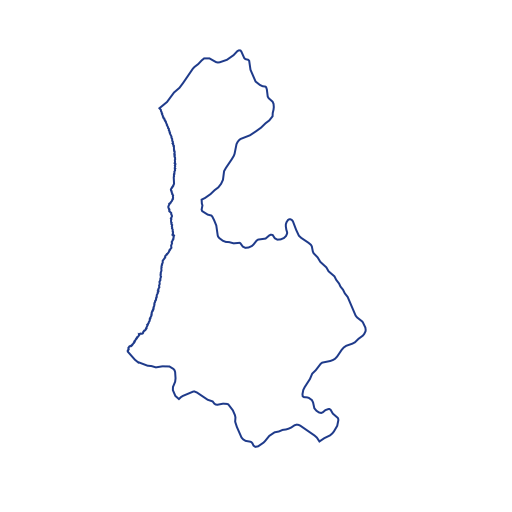 the district of Nagua, María Trinidad Sánchez, Dominican Republic, rotated 214°
{"feature_id": "3306468B71596371711370", "entity_name": "Nagua", "entity_type": "district", "adm_level": 2, "iso_a3": "DOM", "parent_name": "Dominican Republic", "parent_adm1": "María Trinidad Sánchez", "projection": "equal_earth", "projection_center": [-69.872, 19.343], "detail": "fine", "context": "isolated", "style": "outline", "palette": "blue", "viewbox_px": 512, "rotation_deg": 214, "n_neighbors": 0, "source": "geoboundaries", "source_scale": "gbopen_adm2", "svg_char_len": 6035}
<svg xmlns="http://www.w3.org/2000/svg" viewBox="0 0 512 512"><g transform="rotate(214 256 256)"><path d="M409.5,390.8L410.4,387.8L411.2,382.9L412.7,378.4L413.1,376.0L413.2,358.6L413.5,352.6L415.4,345.7L415.9,333.9L418.7,324.5L416.5,323.9L415.8,323.0L414.5,322.4L414.2,321.8L413.3,321.5L413.1,320.9L411.7,320.2L411.0,319.3L410.4,319.3L409.9,318.7L409.2,318.7L409.2,318.4L408.1,318.1L407.6,317.5L406.9,317.5L406.5,316.9L405.8,316.9L405.3,316.3L403.1,315.0L403.1,314.7L400.8,313.5L400.5,312.9L399.2,312.6L398.5,311.4L397.4,311.1L397.1,310.4L396.2,310.1L396.0,309.5L392.8,307.7L392.3,306.8L391.0,306.2L389.8,304.6L388.9,304.3L388.2,303.4L388.2,302.8L387.5,302.8L387.1,301.9L385.9,301.6L385.7,300.9L385.3,300.9L383.2,297.9L382.8,297.9L382.3,297.0L381.8,297.0L380.9,295.7L380.9,295.1L380.2,294.8L380.2,294.2L379.8,294.2L379.3,293.6L379.1,292.7L378.2,292.4L377.0,290.8L377.0,290.2L375.7,288.7L375.4,287.5L374.8,287.5L374.8,287.2L374.1,286.9L373.9,285.6L373.2,285.3L372.7,283.8L372.3,283.2L371.8,283.2L371.8,282.6L370.9,281.6L370.9,280.4L370.0,279.2L370.0,278.6L369.5,278.3L369.5,277.4L368.4,276.1L368.4,275.5L364.3,270.0L364.0,267.6L363.8,267.6L363.8,265.7L364.0,265.7L363.8,263.6L362.9,262.6L362.2,262.6L361.3,261.4L360.4,261.1L360.2,260.5L358.6,259.9L358.3,259.0L357.2,257.8L357.0,256.5L356.7,256.5L356.7,255.6L356.5,254.7L356.7,252.8L356.5,252.5L357.0,251.3L356.7,251.3L356.7,249.8L356.3,247.9L355.6,247.0L354.2,246.4L354.0,245.8L353.5,245.8L352.9,244.6L350.4,244.3L349.4,243.0L348.5,242.7L347.8,241.8L347.6,239.7L347.2,239.7L346.7,239.1L346.7,238.5L345.3,236.6L344.4,236.3L344.4,235.7L344.0,235.1L342.8,234.8L342.4,233.5L341.5,232.9L341.2,232.0L339.9,231.4L338.7,229.6L338.3,229.6L337.6,228.7L337.1,226.8L336.7,226.8L336.4,227.4L335.3,227.1L335.1,225.6L334.4,225.0L334.2,223.4L333.9,223.4L333.7,220.4L332.8,219.8L332.1,217.0L330.7,215.5L331.0,212.7L330.7,212.7L330.7,211.5L330.5,210.3L330.7,207.5L331.0,207.5L331.0,206.6L331.2,205.1L330.5,204.1L330.7,203.8L330.5,203.5L330.7,199.9L329.6,198.3L329.4,196.5L328.9,196.2L328.7,194.7L327.8,193.7L327.8,193.1L326.2,191.0L325.5,188.5L324.8,187.9L324.8,187.3L323.9,186.1L323.2,185.8L322.5,183.3L321.8,182.7L321.6,180.6L320.2,179.0L319.8,177.2L318.6,176.0L318.6,174.4L318.2,173.8L318.2,172.9L317.7,172.9L317.3,172.3L317.3,171.7L317.0,171.7L317.0,170.5L316.6,170.2L316.4,168.0L315.7,167.1L315.5,165.9L315.2,165.9L315.0,164.6L314.5,164.0L314.5,162.8L314.3,162.8L314.3,161.9L313.9,161.3L313.9,160.0L313.2,159.4L313.2,158.8L312.5,157.9L312.3,156.1L311.8,155.8L311.6,154.5L311.3,154.5L311.3,153.3L311.1,153.3L311.1,152.4L310.9,152.4L310.9,150.9L310.2,149.9L310.2,149.3L309.7,149.0L309.7,148.4L309.3,148.1L309.1,145.3L308.8,145.3L308.8,144.7L308.6,144.7L308.4,143.5L307.9,142.9L307.9,141.1L307.5,140.4L307.7,138.3L307.2,138.3L306.8,135.2L306.3,134.9L306.3,134.0L306.6,134.0L306.3,132.5L307.0,131.6L307.0,131.0L306.8,131.0L307.0,129.7L306.6,129.1L306.6,128.5L307.2,127.6L308.2,127.3L308.6,126.7L308.6,126.1L308.8,126.1L308.8,125.4L309.1,125.4L308.6,124.8L308.8,122.1L309.1,122.1L309.1,120.5L308.8,120.5L309.1,117.5L308.8,117.5L308.8,116.6L308.6,116.6L308.6,116.0L308.8,116.0L308.8,112.9L309.1,112.9L309.1,111.7L309.5,111.7L310.0,111.1L310.0,110.4L310.4,110.1L310.4,108.3L309.5,107.7L309.5,106.8L309.3,106.8L309.3,105.8L309.1,105.8L308.8,105.0L298.4,102.3L294.0,101.9L294.0,102.2L284.6,104.4L281.1,106.3L276.7,107.7L271.9,112.2L266.0,116.0L261.3,116.2L259.6,115.7L258.1,114.5L254.3,109.6L252.7,106.5L251.6,101.0L249.9,98.3L244.6,94.9L239.9,94.3L239.3,97.1L238.4,99.1L232.3,108.4L231.5,109.2L228.6,109.8L215.7,109.8L210.6,111.2L208.0,110.3L206.5,110.3L204.9,111.0L200.7,115.2L197.4,117.1L196.0,117.5L188.9,115.1L184.5,112.3L182.8,110.7L180.7,107.1L179.9,106.4L176.3,103.6L166.5,97.4L164.2,96.8L161.3,96.9L156.8,98.9L155.7,99.1L154.2,98.7L152.0,97.4L149.8,97.4L147.8,99.4L145.4,105.5L145.0,107.6L144.4,114.3L142.0,120.2L138.9,123.3L136.7,126.7L134.1,129.0L132.4,131.1L130.9,133.5L129.4,137.2L127.9,139.0L126.2,139.8L124.4,140.1L107.1,139.9L104.0,139.5L99.7,137.7L97.5,143.2L94.3,148.7L93.5,151.7L93.3,154.1L93.7,160.6L95.9,165.9L96.6,166.8L97.6,167.5L104.2,168.3L108.1,170.2L109.6,170.2L110.4,169.6L112.3,167.0L113.2,163.8L114.2,162.3L116.3,161.5L119.4,161.5L122.5,162.4L126.8,166.5L129.1,167.8L132.9,167.9L134.7,167.3L137.3,165.8L138.8,165.8L140.2,167.4L141.9,171.4L142.3,174.5L142.5,184.2L143.6,189.9L142.6,194.7L142.1,202.8L141.5,204.6L135.7,210.5L134.0,212.9L133.0,215.0L132.5,218.0L132.5,226.1L132.1,229.2L131.0,232.0L127.1,237.2L125.7,239.8L124.7,244.7L122.9,249.7L122.7,251.9L123.1,254.8L123.7,256.0L125.3,257.8L130.2,260.7L131.3,261.1L137.9,261.6L140.1,262.3L157.1,273.3L161.5,274.7L165.0,276.7L168.9,277.9L171.7,279.6L176.2,281.1L179.6,283.0L187.3,283.9L191.3,285.9L199.4,287.1L204.1,289.3L209.8,290.5L211.4,291.5L215.1,295.2L216.8,296.0L219.9,296.3L228.7,296.3L231.8,296.8L237.3,300.1L244.8,305.4L246.5,305.9L248.0,305.7L249.0,305.0L249.6,303.8L249.6,301.1L249.0,299.0L247.9,297.3L245.6,294.8L243.4,293.0L242.8,292.0L242.3,289.4L242.9,286.5L244.8,283.6L247.4,281.5L250.3,281.2L253.9,282.7L255.6,282.0L256.5,280.5L257.8,275.8L263.4,270.8L264.1,269.1L264.5,264.1L265.0,262.0L266.9,258.9L269.4,256.8L272.2,256.4L276.0,257.8L276.9,257.8L281.6,254.0L286.0,252.5L288.9,250.8L292.0,250.1L296.4,250.3L298.3,250.9L299.3,251.7L306.0,259.1L310.8,262.3L314.2,264.2L315.6,264.6L319.2,263.3L325.7,263.1L327.0,264.0L328.7,268.0L330.2,269.2L332.6,272.3L330.7,275.6L328.3,281.9L327.1,287.5L325.6,291.8L325.3,296.3L326.0,300.7L329.9,308.5L330.2,312.2L330.2,322.6L330.4,326.5L330.9,328.7L334.7,337.8L335.0,340.0L334.9,342.2L334.3,344.3L328.5,352.7L325.7,359.5L323.6,365.2L322.3,371.4L320.8,375.8L320.4,381.1L322.1,383.9L323.3,387.1L324.5,389.4L326.5,391.9L328.5,393.2L333.7,393.9L335.4,394.7L340.2,400.2L342.0,401.6L342.9,401.7L345.6,400.4L348.5,400.0L353.9,400.4L364.7,407.3L370.8,414.0L372.2,414.3L374.9,413.3L376.4,413.5L382.5,417.3L383.8,417.7L385.1,417.0L386.0,415.5L386.9,410.0L389.8,402.4L394.4,396.3L395.8,395.1L397.5,394.4L405.1,393.8L409.5,390.8Z" fill="none" stroke="#1e3a8a" stroke-width="2"/></g></svg>